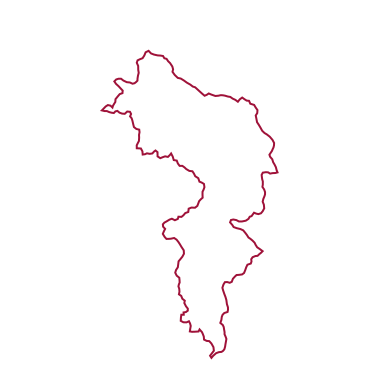 Simonésia, Minas Gerais, Brazil, rotated 134°
{"feature_id": "56859067B68233274154911", "entity_name": "Simonésia", "entity_type": "district", "adm_level": 2, "iso_a3": "BRA", "parent_name": "Brazil", "parent_adm1": "Minas Gerais", "projection": "natural_earth1", "projection_center": [-41.967, -19.999], "detail": "fine", "context": "isolated", "style": "outline", "palette": "rose", "viewbox_px": 384, "rotation_deg": 134, "n_neighbors": 0, "source": "geoboundaries", "source_scale": "gbopen_adm2", "svg_char_len": 4481}
<svg xmlns="http://www.w3.org/2000/svg" viewBox="0 0 384 384"><g transform="rotate(134 192 192)"><path d="M153.6,128.7L151.2,131.5L149.9,134.4L147.4,135.9L144.8,136.9L143.0,137.8L141.3,139.4L140.1,141.8L139.4,144.9L137.6,146.1L135.2,148.4L134.1,150.3L132.8,152.0L131.3,153.8L128.9,154.5L126.4,152.6L125.0,150.9L124.5,148.6L122.5,147.2L120.5,145.3L118.5,144.1L117.5,146.3L115.9,148.9L114.9,151.7L114.2,154.3L112.7,157.0L112.4,160.3L111.4,162.2L109.3,162.6L107.0,163.0L105.2,163.7L103.4,164.3L101.5,165.4L99.7,167.0L98.6,170.3L98.2,174.5L98.6,178.2L99.2,180.8L99.2,184.0L98.1,187.6L97.3,190.5L96.6,193.7L94.4,196.8L92.7,199.3L89.9,199.9L87.6,201.8L87.0,204.9L86.2,207.8L88.0,211.4L86.8,214.3L88.3,216.2L88.8,218.7L89.2,221.5L92.1,222.0L95.2,221.7L95.6,224.8L96.6,227.7L97.0,230.5L98.4,232.5L99.8,235.2L101.0,237.0L102.4,238.6L104.4,239.9L106.7,241.9L108.5,245.8L109.5,248.4L111.9,248.9L114.0,249.8L114.2,252.8L114.3,255.6L114.4,259.1L114.5,262.5L115.6,264.7L115.9,267.7L116.9,271.6L117.4,275.2L118.2,278.9L119.8,281.5L119.8,285.7L119.1,289.5L116.9,290.8L115.4,293.3L114.5,297.3L114.5,300.0L113.9,302.8L115.0,304.8L114.3,307.3L115.8,309.5L117.6,311.6L119.6,314.9L120.8,317.8L120.6,321.3L123.7,322.4L127.0,321.1L130.1,320.5L132.7,321.7L135.1,322.6L137.4,321.5L138.7,318.3L141.5,315.5L143.3,313.1L145.8,311.7L148.1,310.1L149.8,308.6L151.7,308.6L153.7,308.9L155.4,310.0L156.4,312.8L158.3,315.2L159.5,318.8L159.8,321.7L161.5,323.5L163.7,324.7L166.4,324.7L167.0,321.8L166.9,318.3L167.1,314.9L167.2,312.3L169.2,310.7L171.8,312.0L174.9,311.8L178.4,311.5L180.5,309.7L182.5,309.3L184.7,308.8L186.5,307.9L186.5,310.6L187.9,312.9L190.4,313.5L192.7,313.5L195.9,313.5L194.5,311.1L192.9,309.4L192.0,307.0L190.8,304.9L189.5,303.1L187.2,303.1L185.5,302.0L185.3,299.3L184.2,296.8L182.5,294.7L179.1,294.5L177.4,292.3L178.2,290.0L180.6,289.1L180.9,286.6L182.1,284.4L184.1,281.3L185.6,278.9L185.3,275.8L183.8,273.3L185.4,271.3L187.7,269.8L189.7,267.7L192.2,265.6L194.3,265.0L196.8,264.2L198.9,262.1L196.2,259.0L197.2,255.9L199.3,253.5L197.4,252.0L195.5,251.3L193.9,248.9L191.8,247.3L189.3,247.4L187.5,247.1L187.3,244.5L190.3,241.5L189.7,238.3L187.2,237.2L185.0,236.1L183.5,233.7L180.8,233.6L178.8,233.8L179.9,230.5L181.7,227.3L180.0,224.8L181.3,222.0L181.8,219.1L179.9,217.1L179.5,214.3L179.5,212.1L178.7,208.6L176.8,206.1L177.4,203.4L178.4,200.6L177.7,197.1L179.4,193.8L178.5,191.7L177.9,189.0L179.9,186.4L182.3,185.3L184.5,184.6L186.6,182.6L188.7,180.4L191.3,180.6L193.7,180.5L195.7,179.6L198.3,178.5L201.2,178.9L203.6,181.6L206.3,182.8L209.0,180.8L211.8,182.2L214.7,182.0L217.2,182.3L219.2,184.6L221.2,183.5L224.2,184.7L225.2,187.9L227.5,189.0L230.9,189.9L233.2,190.6L235.5,190.5L237.0,188.7L237.2,185.7L239.6,185.0L242.4,183.9L243.3,180.5L243.5,177.8L242.0,176.3L240.2,174.7L237.5,172.9L237.0,170.0L237.4,167.0L238.0,164.4L238.8,161.5L239.7,157.4L242.0,154.9L245.2,154.0L248.4,153.7L251.2,153.5L253.3,151.9L256.0,149.9L259.2,149.3L261.7,148.0L262.8,144.9L262.5,141.6L264.2,139.6L265.7,138.0L267.5,137.3L269.3,136.2L270.5,133.9L272.5,131.7L274.7,130.3L274.2,127.6L275.5,124.8L275.2,121.7L277.2,120.4L278.4,116.9L278.8,114.0L280.3,112.6L282.6,113.0L284.5,114.4L286.0,112.7L287.7,114.4L289.8,112.9L292.5,110.6L291.7,107.7L289.6,105.4L287.1,104.4L287.9,102.1L289.2,99.9L291.4,98.4L293.8,96.7L292.5,94.8L290.2,92.6L287.8,90.4L285.6,91.1L285.9,87.4L286.8,85.2L287.8,83.1L289.8,80.8L288.9,78.0L287.3,76.0L287.5,72.8L288.7,68.8L291.0,66.0L294.4,65.6L297.2,65.3L297.8,62.8L295.2,63.0L291.2,62.7L288.5,61.4L286.5,59.7L284.6,59.3L282.6,59.5L280.2,60.8L278.1,62.3L276.0,63.7L273.8,65.2L272.7,67.4L271.7,69.8L270.2,71.2L268.6,73.4L267.1,75.4L266.3,77.4L266.5,80.7L263.6,82.0L261.2,83.8L259.1,84.7L256.6,84.7L253.6,83.1L251.7,84.3L250.0,86.0L248.4,89.0L245.8,92.3L244.2,95.1L242.9,97.9L241.2,101.2L239.8,103.6L236.7,105.1L234.0,105.7L232.3,104.1L231.1,101.8L229.0,101.0L226.0,102.3L223.1,102.4L220.8,102.3L218.9,100.6L216.5,98.7L214.1,98.3L211.3,99.4L208.5,100.7L205.8,101.6L202.6,100.0L200.7,100.9L199.2,102.7L196.8,103.1L194.0,101.9L192.4,100.5L189.9,100.4L187.6,100.1L185.5,100.1L185.9,103.3L186.5,106.7L185.8,109.6L185.0,111.7L184.9,114.7L185.1,117.4L185.5,119.8L184.8,122.6L184.4,125.1L184.0,128.5L185.0,131.4L186.9,134.6L188.3,137.7L187.7,140.1L187.4,143.5L185.1,144.5L183.1,143.2L181.4,140.6L180.6,137.8L178.5,135.6L175.3,133.4L172.1,132.7L169.7,133.3L168.0,132.4L166.0,132.7L163.8,133.0L163.0,130.9L161.8,128.9L159.4,127.6L156.7,127.8L153.6,128.7Z" fill="none" stroke="#9f1239" stroke-width="2"/></g></svg>